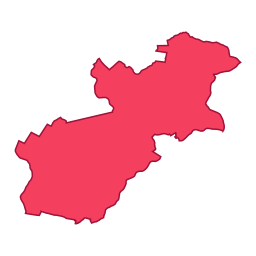 outline of Hidiselu De Sus, Bihor, Romania
{"feature_id": "2599482B72437023812586", "entity_name": "Hidiselu De Sus", "entity_type": "district", "adm_level": 2, "iso_a3": "ROU", "parent_name": "Romania", "parent_adm1": "Bihor", "projection": "equal_earth", "projection_center": [22.026, 46.921], "detail": "fine", "context": "isolated", "style": "filled", "palette": "rose", "viewbox_px": 256, "rotation_deg": 0, "n_neighbors": 0, "source": "geoboundaries", "source_scale": "gbopen_adm2", "svg_char_len": 5747}
<svg xmlns="http://www.w3.org/2000/svg" viewBox="0 0 256 256"><path d="M222.9,131.1L223.1,130.7L223.7,130.0L224.2,127.8L224.2,126.0L224.0,124.6L223.7,123.8L223.1,120.7L222.4,118.9L220.4,114.9L219.5,113.9L217.3,112.6L209.7,109.5L209.2,108.9L208.4,107.3L207.5,106.5L206.6,105.5L206.6,105.1L205.6,104.0L206.3,101.7L207.8,99.3L208.6,97.5L209.5,96.5L210.5,94.3L210.8,93.1L210.8,92.0L210.4,90.5L210.5,89.4L210.6,86.8L210.7,85.8L211.0,84.6L211.1,83.9L211.7,82.9L212.9,81.8L213.5,81.4L213.5,81.0L214.7,79.9L214.7,79.6L215.1,78.4L215.1,78.0L215.5,77.4L213.9,75.0L213.6,74.4L216.7,74.2L220.5,72.5L221.1,72.3L222.5,72.1L224.0,71.7L229.4,71.0L232.5,69.2L236.4,66.6L238.2,64.1L240.6,62.4L238.8,60.8L238.0,59.7L236.6,58.4L235.5,57.8L232.8,57.0L230.5,56.6L230.0,56.3L229.7,55.9L229.2,53.5L228.7,50.1L227.6,47.6L227.2,47.1L224.8,46.1L223.0,45.0L222.3,44.9L221.8,44.6L220.9,44.5L219.0,43.3L218.7,43.1L217.3,42.7L216.7,42.2L213.4,42.7L212.8,42.7L212.2,42.8L211.8,42.8L211.2,42.4L209.5,42.1L209.2,41.8L208.4,41.8L207.8,41.6L207.3,41.6L206.9,41.5L205.7,41.5L203.8,42.0L203.5,41.9L201.3,40.9L199.2,39.7L197.8,39.2L196.1,39.1L195.1,38.6L194.2,38.3L193.1,37.6L192.7,37.2L192.1,36.8L190.4,37.1L188.8,34.8L188.2,33.7L187.0,33.1L186.0,32.2L185.7,32.4L184.6,32.6L183.9,32.5L182.7,32.6L182.0,33.1L182.0,33.3L181.5,33.5L180.4,33.2L178.0,34.9L175.8,35.5L175.7,35.4L175.1,35.6L174.4,36.0L173.7,36.5L173.4,37.3L172.2,37.9L171.8,37.9L171.4,38.1L171.4,38.3L170.8,38.8L170.1,39.3L169.5,39.5L169.4,39.6L169.4,39.8L167.3,40.3L167.2,40.4L168.3,45.5L157.5,45.7L157.9,48.2L157.6,49.1L157.2,49.7L156.4,50.3L156.0,51.0L166.8,52.6L166.2,56.0L165.3,58.7L165.7,59.0L165.0,62.3L162.2,61.8L155.7,61.1L154.8,62.5L153.7,63.0L152.9,63.1L151.9,65.3L150.0,65.9L148.3,66.9L147.5,67.4L146.9,68.1L145.5,68.9L142.1,70.3L141.8,70.5L140.9,71.4L140.6,72.2L139.0,73.8L137.5,74.2L136.3,74.1L134.8,73.5L133.6,72.1L133.2,71.1L132.8,69.8L130.5,67.3L129.0,66.6L127.8,67.4L127.0,67.6L126.3,67.3L124.9,66.5L124.7,66.1L124.9,65.7L124.7,64.6L123.9,64.0L123.4,63.7L122.9,63.3L122.3,63.0L121.3,62.1L120.2,61.6L119.0,61.3L118.2,62.0L117.8,62.2L112.7,66.9L110.2,68.9L109.4,69.8L106.6,67.1L104.6,65.4L101.1,61.5L99.3,58.5L98.3,59.0L97.4,60.1L97.0,60.8L96.5,62.2L96.2,62.6L95.3,63.3L94.1,64.0L93.5,64.7L94.5,65.3L94.5,66.6L93.4,68.4L91.6,70.1L91.3,71.4L91.1,74.8L93.0,76.8L94.1,77.3L95.6,77.8L96.1,78.2L96.5,78.7L96.9,79.6L97.0,80.3L96.9,80.9L94.8,85.4L94.6,86.0L94.6,86.8L95.1,92.7L95.6,94.0L97.0,96.3L98.2,97.4L99.0,97.8L100.2,97.8L103.6,97.5L105.4,97.5L106.0,97.6L107.3,98.3L108.3,99.1L108.6,99.6L109.1,100.6L109.2,101.2L109.3,102.6L109.7,103.9L110.4,104.7L112.7,106.5L113.4,107.4L113.5,108.1L113.6,108.7L113.4,109.3L112.5,111.0L112.4,112.1L66.3,122.9L66.2,121.0L64.7,120.0L63.0,119.3L61.8,119.0L60.6,117.4L58.5,118.5L57.0,119.6L54.1,121.1L54.1,121.4L53.0,122.5L52.0,124.8L51.0,126.2L47.3,124.3L39.3,136.5L31.3,132.4L24.4,143.4L18.9,140.8L15.4,149.7L15.4,151.3L15.6,151.8L16.8,154.1L19.6,157.6L20.5,158.1L26.4,160.1L27.2,160.6L27.7,161.3L28.1,162.1L29.5,163.8L29.9,165.4L30.1,166.6L30.0,167.4L30.4,168.8L31.8,170.8L32.2,172.9L32.3,175.1L32.3,176.6L31.1,179.6L29.1,181.9L27.8,184.6L26.1,186.9L24.6,190.6L23.5,192.2L21.7,194.2L20.9,195.5L20.5,196.5L20.4,197.1L21.0,199.3L21.9,201.0L23.3,203.1L24.4,205.9L24.7,207.2L26.0,211.4L25.5,213.4L36.1,215.1L39.3,215.4L41.0,212.2L40.9,211.3L41.0,211.3L46.4,213.1L48.2,213.4L53.9,215.0L54.1,215.1L56.9,215.2L59.3,215.8L59.9,215.8L62.0,216.3L64.3,217.1L66.4,218.4L74.7,219.8L74.5,220.1L74.6,220.6L75.9,220.9L75.3,223.6L75.9,223.8L76.1,223.6L77.2,223.4L77.3,223.2L77.8,223.3L78.3,223.0L78.4,222.7L79.0,222.6L79.2,222.4L79.8,222.2L80.1,221.7L80.6,221.5L81.3,220.7L81.9,220.4L82.2,219.9L82.9,219.7L83.2,219.4L83.4,218.8L83.8,218.8L84.1,218.3L84.4,218.2L84.5,218.0L84.7,217.9L86.0,218.0L87.0,218.4L88.0,218.5L89.1,219.0L90.5,219.1L90.5,220.0L90.3,220.4L90.3,220.6L90.5,220.9L90.9,221.8L91.3,222.4L91.6,223.0L93.5,222.4L94.5,221.9L96.2,221.8L99.3,220.1L99.9,219.5L100.9,218.9L103.6,217.6L103.7,217.4L103.8,216.1L103.8,215.5L104.1,215.3L104.3,215.0L104.4,214.7L104.3,214.3L104.7,213.8L104.9,213.2L105.4,210.8L105.5,210.2L105.7,209.6L106.4,209.0L107.1,208.3L107.8,207.8L109.5,207.3L110.6,206.4L112.3,205.7L113.1,205.5L115.3,203.9L116.2,202.0L116.9,201.1L117.7,200.5L118.6,199.4L119.0,197.7L119.0,196.9L119.4,195.1L119.5,193.6L120.1,192.3L121.2,191.1L123.1,189.6L124.4,187.8L124.6,186.9L125.1,186.1L126.0,183.8L126.1,183.1L126.0,182.2L126.1,181.0L126.4,180.3L126.7,180.0L127.2,179.6L132.4,177.5L134.3,176.3L134.8,175.5L135.8,173.2L136.4,172.5L136.7,172.2L138.6,171.4L139.3,171.3L142.4,171.2L143.8,170.5L145.6,169.1L147.1,167.4L147.8,166.3L148.6,164.9L149.0,164.1L150.3,162.0L150.7,161.7L152.8,161.2L155.4,161.4L157.1,160.8L159.4,159.3L159.8,158.9L160.8,156.7L152.7,151.5L153.6,151.0L154.1,150.5L154.3,150.1L154.7,149.9L155.0,150.0L155.3,149.8L155.6,149.2L155.6,148.6L155.5,148.1L154.7,146.2L154.9,145.8L154.7,145.3L154.6,144.4L154.8,142.8L154.6,142.4L154.0,140.4L153.7,140.2L153.3,139.4L152.7,138.9L152.6,138.6L152.4,138.4L152.4,137.8L152.3,137.7L152.0,137.2L152.7,136.4L153.6,135.6L154.6,134.4L155.2,134.4L155.8,134.8L157.5,134.9L159.4,134.7L163.1,133.7L164.7,133.7L166.5,134.1L168.2,134.8L169.5,134.1L170.7,135.7L175.6,132.8L176.1,133.4L175.8,134.1L175.8,134.3L175.8,135.3L176.3,136.1L174.9,136.9L175.5,137.8L176.0,138.2L176.3,138.0L176.6,138.1L177.2,137.6L177.7,137.9L178.3,138.4L178.7,138.8L178.9,139.2L179.2,140.8L181.1,140.8L182.1,140.6L183.0,140.2L183.6,139.8L185.7,137.9L188.6,134.9L191.1,133.3L192.6,131.1L193.1,130.4L194.5,129.8L195.4,129.7L196.9,129.8L200.5,131.0L202.2,131.1L203.0,130.9L204.2,130.2L204.9,129.4L206.0,128.7L207.7,128.3L210.3,128.6L212.1,129.1L215.9,129.2L219.6,129.7L221.6,130.5L222.8,130.8L222.9,131.1Z" fill="#f43f5e" stroke="#9f1239" stroke-width="1.5"/></svg>